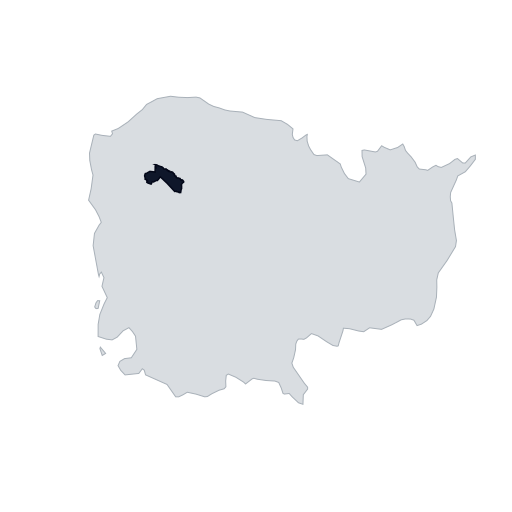 Aek Phnum, Batdâmbâng, Cambodia (highlighted), rotated 16°
{"feature_id": "14789045B18738075075755", "entity_name": "Aek Phnum", "entity_type": "district", "adm_level": 2, "iso_a3": "KHM", "parent_name": "Cambodia", "parent_adm1": "Batdâmbâng", "projection": "mercator", "projection_center": [103.494, 13.247], "detail": "fine", "context": "in_parent", "style": "filled", "palette": "ink", "viewbox_px": 512, "rotation_deg": 16, "n_neighbors": 0, "source": "geoboundaries", "source_scale": "gbopen_adm2", "svg_char_len": 6668}
<svg xmlns="http://www.w3.org/2000/svg" viewBox="0 0 512 512"><g transform="rotate(16 256 256)"><path d="M439.0,98.5L440.2,102.6L437.2,110.3L434.0,117.3L427.9,123.4L427.6,127.9L425.6,141.3L426.4,145.5L427.8,149.2L429.7,151.1L434.9,164.2L439.7,176.1L444.4,185.9L445.2,192.0L440.9,207.7L435.9,222.0L436.3,229.1L438.5,236.3L440.8,245.8L441.6,258.0L440.4,265.9L438.1,270.9L433.8,275.9L430.0,278.5L425.5,274.2L421.9,274.0L417.0,275.3L413.2,277.3L405.5,284.7L396.9,291.9L385.0,293.7L380.4,299.1L375.4,299.8L366.0,300.1L359.9,301.3L360.2,304.0L359.7,316.7L359.8,319.7L358.8,320.4L354.6,320.8L347.4,318.9L337.6,315.7L330.7,315.3L327.1,320.8L325.0,322.9L322.4,323.3L319.6,324.2L318.7,326.7L318.5,329.8L319.8,335.1L320.3,343.4L320.0,349.1L322.5,352.7L337.4,364.9L341.8,367.9L342.3,369.7L339.7,376.3L342.0,385.6L337.3,385.4L329.6,381.4L325.8,379.0L321.3,380.9L319.8,380.6L316.7,376.0L312.7,371.3L308.6,371.0L300.0,372.9L291.1,374.1L287.7,374.1L286.3,375.0L281.2,381.9L279.0,380.7L270.1,378.1L261.9,377.1L260.3,378.9L261.3,384.5L263.1,390.0L262.0,392.4L257.5,395.2L251.6,400.5L248.0,404.5L245.5,405.5L236.5,405.3L227.5,405.9L223.9,409.7L220.5,412.7L217.6,413.5L205.9,404.0L182.6,400.7L180.1,396.6L177.8,395.7L175.7,401.2L162.9,406.4L157.5,403.2L153.6,399.4L154.2,394.8L157.9,390.9L164.2,388.2L167.2,378.6L162.3,366.3L158.1,362.7L153.6,359.9L148.9,364.5L144.9,372.3L140.8,376.3L135.0,377.2L126.4,376.9L123.1,365.2L122.0,355.2L123.2,343.8L124.5,337.0L116.3,327.6L115.8,318.7L111.8,314.1L110.7,316.4L110.8,319.0L109.6,317.1L96.6,291.0L94.5,278.8L96.7,269.5L98.0,266.3L94.3,261.4L89.0,255.8L79.7,248.5L79.0,236.8L77.0,223.1L74.2,218.5L69.9,210.0L67.6,203.0L66.8,184.5L68.0,183.0L74.6,182.5L83.1,181.1L84.4,178.1L82.9,175.7L88.3,171.5L96.1,162.3L102.1,152.6L106.4,146.6L109.0,140.5L117.7,132.0L129.8,126.0L137.9,124.7L146.5,122.6L154.6,119.8L158.5,119.5L168.6,123.0L174.1,123.9L179.8,123.8L185.8,124.2L191.0,123.8L203.4,121.4L216.6,123.3L228.3,121.8L242.9,119.0L250.0,120.8L256.5,123.6L257.4,129.2L258.9,131.8L261.1,133.8L264.0,133.8L267.7,129.9L270.8,125.8L271.8,125.0L272.0,127.0L273.5,131.5L276.3,135.8L279.1,138.7L283.7,142.5L286.8,142.7L296.7,139.1L311.6,144.3L313.4,147.0L318.2,152.3L323.4,156.2L335.0,156.4L339.2,147.0L337.2,141.2L330.6,131.2L328.8,125.3L330.9,124.2L342.1,123.1L343.9,121.9L346.4,115.4L349.4,116.2L355.7,117.0L362.3,112.6L366.2,107.9L368.3,110.0L370.6,113.3L373.2,115.2L377.9,118.0L383.1,122.0L386.4,125.9L389.0,127.4L395.6,126.3L397.4,126.4L401.3,121.7L404.0,119.2L406.3,119.9L409.7,119.8L416.6,113.8L420.6,108.3L422.8,106.8L429.0,109.6L431.5,109.0L435.2,101.5L439.0,98.5ZM118.7,349.8L117.5,350.5L116.3,350.5L115.0,349.4L115.1,345.2L116.0,342.6L118.1,342.1L118.7,349.8ZM138.3,391.1L135.6,394.0L131.5,388.1L131.5,386.5L138.3,391.1Z" fill="#d9dde1" stroke="#a8b0b8" stroke-width="1"/><path d="M133.9,196.0L134.4,196.1L134.5,196.1L134.5,196.3L134.4,196.5L134.4,196.8L134.5,196.8L134.5,197.0L134.4,197.1L134.4,197.3L134.5,197.4L134.7,197.5L134.8,197.5L135.0,197.6L135.1,197.8L134.9,197.8L134.7,197.8L134.6,197.7L134.5,197.8L134.6,198.1L134.8,198.3L135.0,198.5L134.8,198.6L135.0,198.8L134.9,198.8L134.8,199.0L135.8,203.1L133.1,203.5L130.7,203.9L128.9,205.7L128.5,206.2L128.2,206.5L127.8,206.9L127.4,207.0L126.9,207.2L126.8,207.9L126.8,208.9L126.8,209.5L126.9,209.8L127.3,210.5L127.5,210.8L127.8,211.3L128.0,211.5L128.1,211.9L128.1,212.2L128.1,212.6L128.5,212.6L128.8,212.6L129.0,212.6L129.0,212.9L130.2,213.0L130.2,213.3L130.3,213.9L130.4,214.0L130.5,214.1L130.8,214.1L131.0,213.8L131.3,213.9L131.3,214.0L131.2,214.0L131.0,214.3L130.8,214.6L130.7,214.7L130.7,214.8L130.8,214.9L130.8,215.1L130.8,215.3L131.2,215.4L131.8,215.6L132.4,215.7L133.1,215.7L133.3,215.7L133.6,215.7L134.4,215.8L134.8,215.8L135.3,215.8L135.5,215.7L135.6,215.0L135.6,213.8L135.7,213.7L135.9,213.5L135.9,213.3L136.0,213.2L136.9,213.1L137.1,213.1L137.5,212.7L138.1,212.1L138.4,211.8L138.6,211.6L138.8,211.4L139.2,211.0L139.4,210.9L139.7,210.8L140.4,210.6L140.8,209.7L141.1,209.2L141.2,208.9L141.3,208.5L142.1,206.6L142.3,206.3L142.9,206.7L143.2,206.8L143.6,207.0L143.8,207.1L144.1,207.3L144.8,207.6L146.1,208.3L147.2,208.9L147.8,209.2L148.0,209.3L148.4,209.5L149.0,209.8L149.5,210.1L150.2,210.4L151.0,210.9L160.1,216.4L160.8,216.0L161.0,216.0L161.1,215.9L161.3,215.8L161.4,215.7L161.5,215.8L162.2,216.1L162.5,216.0L162.8,215.9L163.0,216.0L163.2,215.9L163.3,215.8L163.5,215.7L164.0,215.8L164.1,216.0L164.3,216.0L164.5,216.1L164.6,215.9L165.1,215.8L165.3,215.9L165.3,216.0L165.5,215.9L166.1,215.8L166.1,215.7L166.0,215.4L166.0,215.1L165.9,215.0L166.0,214.8L166.0,214.7L165.9,214.2L165.8,213.4L165.8,212.8L165.7,212.4L165.7,212.2L165.9,211.9L165.9,211.7L165.8,211.2L165.7,210.9L165.5,210.4L165.3,209.5L165.2,209.2L165.0,208.9L165.0,208.7L164.9,208.6L164.7,208.5L164.5,208.4L164.5,208.2L164.7,207.9L164.8,207.7L164.8,207.4L164.7,207.2L164.8,206.8L165.0,206.6L165.1,206.4L165.1,206.2L165.2,205.9L165.3,205.8L165.4,205.7L165.6,205.5L165.9,205.4L166.0,205.3L166.1,205.1L166.0,204.6L166.0,204.4L165.6,204.0L164.8,203.5L164.7,203.4L164.4,203.2L164.0,203.2L164.0,203.3L164.1,203.5L163.9,203.6L163.8,203.8L163.7,203.9L163.5,204.0L163.4,204.1L163.2,204.0L163.2,203.9L163.3,203.8L163.2,203.8L163.0,203.7L162.9,203.4L162.6,203.3L162.3,203.1L162.1,203.0L161.8,202.6L161.7,202.7L161.3,202.7L161.2,202.7L160.8,202.5L160.6,202.4L160.3,202.3L159.9,202.5L159.7,202.5L159.4,202.5L159.2,202.7L159.1,202.8L159.0,202.7L158.9,202.6L158.7,202.6L158.2,202.6L157.9,202.6L157.8,202.4L157.7,202.4L157.5,202.2L157.5,201.9L157.4,201.8L157.2,201.5L157.1,201.4L157.0,201.2L156.4,201.2L156.2,201.2L156.1,201.3L155.8,201.4L155.7,201.3L155.5,201.2L155.4,201.1L155.3,200.5L155.3,200.4L155.1,200.3L155.2,200.0L155.2,199.9L154.8,199.6L154.3,199.4L153.9,199.4L153.4,199.2L153.3,198.8L153.3,198.7L153.2,198.6L152.6,198.4L152.4,198.4L151.8,198.3L151.7,198.3L151.3,198.5L151.2,198.6L151.0,198.9L150.9,198.9L150.7,198.9L150.3,198.7L150.1,198.6L149.8,198.2L149.7,198.2L149.5,198.3L149.3,198.5L149.0,198.8L148.9,198.8L148.7,198.8L148.5,198.7L148.4,198.7L148.2,198.4L148.3,198.2L148.1,198.2L147.9,198.2L147.7,198.2L147.8,198.0L147.7,198.0L147.4,198.1L147.2,197.9L147.1,197.7L146.9,197.8L146.7,197.7L146.4,197.6L146.2,197.6L145.9,197.4L145.8,197.2L145.7,197.2L145.4,197.1L145.2,197.4L145.1,197.5L144.9,197.5L144.7,197.5L144.4,197.6L144.1,197.6L143.9,197.8L143.6,197.8L143.3,197.6L143.2,197.4L142.9,197.2L142.4,196.8L142.1,196.7L141.9,196.6L141.7,196.5L141.3,196.4L141.1,196.3L140.7,196.2L140.3,196.3L139.8,196.3L139.1,196.3L138.1,196.2L137.9,196.2L137.7,196.2L137.2,196.2L136.7,196.1L136.1,195.9L135.8,195.8L135.5,195.8L135.0,195.8L134.6,195.9L134.3,195.9L134.2,195.9L133.9,196.0Z" fill="#0f172a" stroke="#020617" stroke-width="1.5"/></g></svg>